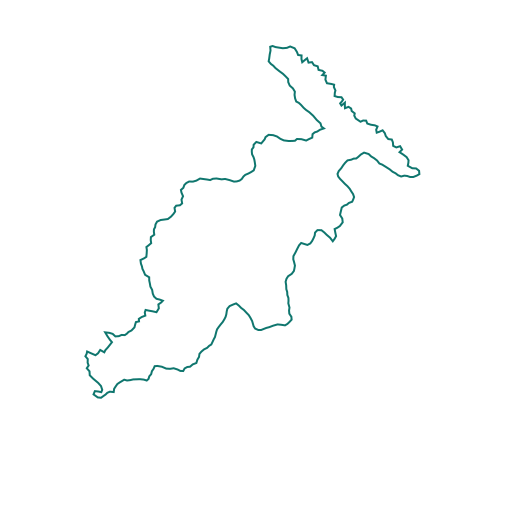 outline of Quartel Geral, Minas Gerais, Brazil, rotated 119°
{"feature_id": "56859067B95369999276489", "entity_name": "Quartel Geral", "entity_type": "district", "adm_level": 2, "iso_a3": "BRA", "parent_name": "Brazil", "parent_adm1": "Minas Gerais", "projection": "equal_earth", "projection_center": [-45.616, -19.26], "detail": "fine", "context": "isolated", "style": "outline", "palette": "teal", "viewbox_px": 512, "rotation_deg": 119, "n_neighbors": 0, "source": "geoboundaries", "source_scale": "gbopen_adm2", "svg_char_len": 5322}
<svg xmlns="http://www.w3.org/2000/svg" viewBox="0 0 512 512"><g transform="rotate(119 256 256)"><path d="M205.9,196.0L202.9,195.6L199.8,195.6L197.3,197.8L194.3,200.3L191.9,198.6L189.2,197.2L184.5,196.5L181.4,198.7L179.4,202.4L176.7,203.2L172.0,204.5L169.0,203.2L167.1,201.4L164.6,200.5L161.9,198.2L159.4,198.4L156.9,198.8L154.8,201.1L153.3,204.0L151.8,206.6L150.6,209.9L149.8,213.3L148.7,216.8L147.8,219.9L146.6,222.7L144.7,224.5L141.6,224.8L137.9,224.0L134.2,223.7L131.2,223.2L128.0,222.3L125.6,219.4L123.5,217.8L122.1,215.6L119.7,214.6L116.4,213.5L113.2,211.6L112.2,206.9L113.1,203.5L113.2,200.2L113.8,196.4L115.3,192.9L114.9,190.0L115.1,185.9L115.4,181.1L116.1,177.4L116.0,174.0L116.5,171.0L116.1,167.6L113.8,165.2L112.7,162.5L112.2,159.5L110.6,156.7L107.8,154.4L105.2,152.8L102.4,154.7L101.8,158.4L103.5,161.9L103.5,167.0L100.7,167.9L98.3,169.0L96.5,172.2L95.9,176.5L95.6,180.8L92.1,179.8L90.1,183.2L93.0,185.9L93.2,189.4L90.2,191.4L88.3,193.7L89.6,197.0L88.2,200.6L86.1,202.9L84.7,206.2L87.5,208.3L89.6,210.2L87.3,212.1L83.8,212.5L84.1,215.4L85.5,219.2L86.2,222.9L84.2,225.3L85.6,228.0L87.9,229.7L87.4,235.4L85.6,238.1L83.4,238.8L82.8,242.6L80.9,244.3L80.7,247.4L83.6,249.8L81.6,251.1L78.8,252.6L83.0,254.2L81.7,256.4L79.3,255.8L77.0,255.6L75.7,258.2L77.3,261.5L78.0,264.8L75.0,266.2L72.7,266.8L70.5,269.8L68.3,270.7L69.0,273.5L70.5,277.7L68.1,280.8L64.4,282.3L65.6,285.7L62.3,284.9L61.8,287.7L62.9,291.5L60.2,294.0L61.0,297.8L59.3,301.0L61.4,303.8L58.3,307.2L61.0,308.3L64.1,309.5L61.6,311.8L58.5,313.4L59.8,316.6L57.7,319.1L55.6,322.9L56.2,327.7L59.0,329.9L61.3,333.3L62.8,337.4L63.8,340.2L64.3,343.3L66.1,345.0L69.3,342.9L73.1,341.7L76.9,340.2L79.6,339.3L80.8,336.1L81.2,333.1L82.2,330.1L83.0,325.3L83.6,320.7L84.4,317.7L85.6,313.7L88.3,312.1L90.6,309.1L91.5,305.0L93.4,301.7L96.4,300.4L99.2,298.2L101.4,295.7L101.3,292.8L102.0,289.9L103.3,286.2L104.0,283.1L104.4,279.1L105.6,274.0L107.6,268.8L108.7,263.9L111.1,261.5L111.5,258.5L114.5,261.2L117.5,262.8L119.4,264.6L122.0,265.6L125.2,264.2L128.0,266.3L130.7,268.1L131.8,272.9L133.8,276.9L136.3,277.8L137.7,279.9L139.6,283.2L141.4,287.7L141.7,291.5L141.3,295.6L142.0,299.6L143.9,303.7L147.4,305.3L149.8,305.0L155.0,306.0L156.1,311.0L159.8,312.0L162.2,310.9L164.8,311.3L166.9,310.2L169.0,308.7L170.8,306.0L172.5,304.2L174.6,302.5L177.5,300.3L182.2,299.5L185.0,301.0L187.5,302.6L190.2,304.7L192.5,305.5L195.6,305.8L198.0,306.9L200.1,309.0L201.6,311.3L202.4,315.8L203.6,320.4L205.6,323.2L207.4,328.2L209.4,331.2L211.8,332.9L212.8,335.8L213.9,338.6L215.4,342.5L219.0,344.7L221.5,347.2L223.3,350.6L225.9,352.3L228.6,353.1L231.6,352.6L234.6,353.7L236.6,352.0L239.1,348.8L242.8,348.5L245.8,346.1L248.5,347.1L250.7,350.2L253.4,350.6L256.3,348.3L259.3,348.6L262.7,349.4L266.4,351.0L268.5,353.8L270.8,356.9L273.9,359.2L277.1,359.2L279.7,358.2L282.1,358.2L284.3,357.1L286.7,355.3L290.4,357.1L293.1,355.8L295.6,353.9L298.5,355.0L301.3,356.2L303.6,354.4L306.9,352.8L309.9,351.5L312.2,352.7L315.6,355.1L318.5,352.9L320.4,350.7L322.3,349.1L323.8,346.9L326.2,343.9L326.4,339.1L329.2,337.5L331.5,335.5L334.0,333.5L336.0,330.4L339.0,328.0L340.9,325.5L341.7,322.3L340.8,319.1L340.3,315.8L342.6,316.4L345.7,317.9L348.9,315.6L353.4,315.8L354.5,319.6L355.7,323.1L356.7,326.4L359.3,325.9L361.8,323.9L364.8,326.4L367.8,328.0L369.9,326.6L372.0,329.0L374.3,328.5L377.4,327.7L381.5,328.8L384.3,330.7L386.6,331.3L388.8,332.4L390.2,335.3L392.6,337.1L394.5,340.0L393.6,343.6L394.3,347.0L395.9,350.9L398.2,347.0L400.1,343.1L401.2,340.2L404.4,340.7L408.0,341.3L411.3,342.1L413.8,342.0L413.7,346.7L417.7,347.0L420.6,348.3L421.1,353.7L421.4,357.4L423.6,356.7L426.4,356.6L427.7,353.2L431.0,351.5L432.9,349.3L436.2,349.6L437.6,345.7L440.9,343.6L442.2,339.1L442.8,336.1L443.5,332.5L444.9,328.5L447.6,325.6L450.1,325.3L451.0,328.3L452.3,331.4L455.8,331.0L456.4,325.8L455.1,322.8L452.3,321.5L450.1,320.4L447.7,319.7L445.5,318.0L444.0,314.5L440.9,315.7L438.1,315.5L435.2,315.2L432.6,313.9L430.4,312.6L428.1,311.3L427.4,308.4L425.5,305.8L423.5,303.6L422.0,301.1L420.0,297.8L418.5,294.2L417.9,291.2L415.6,290.4L413.0,291.0L410.2,290.4L407.2,291.2L404.3,290.9L401.5,291.2L400.0,289.0L398.5,284.7L398.0,279.9L396.3,276.4L394.1,273.6L393.3,269.6L393.2,266.5L391.9,263.9L388.9,263.9L386.4,262.3L384.8,260.0L381.5,258.8L378.5,256.3L375.1,257.0L371.9,256.9L369.0,258.0L366.1,257.4L362.9,256.2L360.0,254.2L357.2,253.4L355.1,252.2L351.8,252.4L349.2,252.6L346.8,252.6L343.7,253.4L341.5,254.0L339.0,254.5L336.2,254.2L332.9,253.7L329.8,253.1L326.5,253.0L323.9,253.1L321.4,253.7L318.5,254.8L316.0,255.5L312.6,254.8L309.3,252.3L307.1,250.4L307.7,246.9L308.6,243.9L309.1,240.4L310.3,236.7L311.2,233.7L312.7,231.0L314.8,227.8L316.8,225.8L318.6,224.0L319.9,221.6L319.6,218.1L318.3,215.7L316.2,214.0L313.9,212.1L311.8,209.9L308.6,207.2L305.4,204.0L303.8,200.3L302.6,197.0L300.2,195.6L297.6,194.8L294.4,194.0L292.0,195.6L290.3,198.9L287.6,200.7L284.9,201.7L281.7,204.8L279.5,205.8L277.0,207.3L274.9,209.7L272.3,211.3L270.3,213.4L267.0,215.4L264.2,217.6L261.1,218.3L258.1,218.1L254.3,216.1L250.8,215.6L248.7,216.2L245.5,217.3L242.8,219.8L240.8,221.8L238.0,223.2L233.6,223.2L229.7,223.4L225.7,223.5L222.7,222.8L222.1,219.7L221.4,216.4L218.7,214.6L215.8,214.2L212.6,214.3L209.6,214.6L206.9,215.7L203.6,214.8L201.7,211.3L202.3,207.7L203.2,204.5L204.1,200.1L205.9,196.0Z" fill="none" stroke="#0f766e" stroke-width="2"/></g></svg>